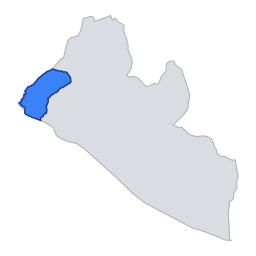 Grand Cape Mount highlighted on a map of Liberia
{"feature_id": "LBR-786", "entity_name": "Grand Cape Mount", "entity_type": "County", "adm_level": 1, "iso_a3": "LBR", "parent_name": "Liberia", "parent_adm1": "", "projection": "albers", "projection_center": [-10.956, 7.068], "detail": "fine", "context": "in_parent", "style": "filled", "palette": "blue", "viewbox_px": 256, "rotation_deg": 0, "n_neighbors": 0, "source": "natural_earth", "source_scale": "10m", "svg_char_len": 3457}
<svg xmlns="http://www.w3.org/2000/svg" viewBox="0 0 256 256"><path d="M17.7,103.4L20.5,101.0L24.7,93.3L30.5,85.9L36.0,81.4L40.3,76.9L44.9,73.4L51.4,69.4L61.4,58.7L63.7,57.4L65.3,50.0L67.8,40.6L70.7,37.7L77.5,35.9L79.1,34.3L81.5,27.7L83.0,19.9L83.2,18.2L85.8,18.0L90.4,16.4L93.1,17.1L94.2,19.3L94.8,21.2L108.7,16.4L109.9,15.4L110.6,15.5L112.4,19.9L113.4,19.6L114.2,18.3L115.2,18.2L116.2,18.8L117.3,20.8L119.1,22.6L122.1,23.9L124.0,25.7L123.8,30.3L124.6,34.8L125.9,35.9L126.6,38.6L126.9,41.5L127.7,43.1L128.2,46.1L127.9,49.3L128.5,51.5L130.7,55.4L132.1,60.3L132.1,63.8L131.3,67.4L129.9,70.8L127.3,74.4L127.1,75.8L128.6,76.8L131.0,77.0L132.9,76.2L137.8,77.9L140.4,80.3L142.7,83.2L144.7,84.7L145.7,86.6L149.2,86.0L153.2,84.2L154.0,83.4L155.2,83.8L157.9,84.0L159.7,80.7L161.1,77.0L164.3,73.0L165.8,71.4L166.2,68.8L166.3,65.5L167.5,62.6L170.0,61.0L172.9,61.0L174.4,61.6L175.2,64.4L177.4,66.5L179.4,67.9L180.4,68.5L182.0,70.2L183.6,75.8L189.7,94.0L189.4,99.0L188.2,102.3L188.2,105.6L187.8,108.7L184.2,114.0L173.4,124.7L174.2,125.6L176.8,126.8L179.5,127.4L181.6,127.1L184.4,129.7L187.3,133.0L190.4,134.8L194.9,136.3L198.8,136.4L202.1,135.8L206.8,136.4L211.8,139.2L213.6,143.7L214.8,147.7L216.6,149.7L216.8,153.2L220.4,156.2L225.5,156.7L232.1,160.2L233.7,160.0L234.5,159.6L235.3,160.2L237.0,170.5L238.3,175.9L237.7,178.1L236.8,179.8L236.8,188.1L233.9,192.9L233.4,198.1L232.6,199.8L229.4,201.3L229.4,205.3L228.6,210.2L228.3,215.3L229.3,228.7L229.5,238.8L231.0,240.6L224.8,239.9L206.5,232.3L192.5,228.0L145.3,203.2L132.3,193.2L117.2,178.3L83.7,148.2L76.1,143.3L66.5,141.0L60.6,138.4L56.4,135.6L53.0,127.3L44.6,122.3L29.2,115.2L17.7,103.4Z" fill="#d9dde1" stroke="#a8b0b8" stroke-width="1"/><path d="M19.4,102.8L21.1,102.0L21.5,101.7L21.4,100.4L21.6,99.4L23.1,98.6L23.6,97.7L23.9,96.7L24.0,95.9L23.8,94.8L24.0,94.4L25.2,94.3L25.6,94.2L25.9,93.9L26.0,93.4L25.8,92.7L25.0,91.5L24.9,90.9L25.1,90.7L26.0,89.8L27.9,86.9L28.8,86.7L33.2,84.7L33.7,84.3L37.2,79.8L38.1,78.6L46.1,72.2L48.2,71.0L50.3,70.5L51.0,70.2L51.6,69.8L52.2,69.1L52.9,69.2L54.8,69.6L55.0,69.7L55.2,69.9L55.4,70.2L55.5,70.3L56.0,70.4L56.7,70.2L56.9,70.2L57.0,70.3L57.5,70.6L61.3,71.3L61.6,71.3L62.4,71.2L62.8,71.9L63.2,72.0L64.1,71.9L64.9,71.9L66.0,72.1L66.5,72.3L67.0,72.7L70.1,77.0L70.3,77.3L70.4,77.8L70.6,78.9L70.6,80.0L70.6,80.4L70.9,81.7L70.8,82.0L70.6,82.4L69.9,82.9L69.5,83.2L69.3,83.4L69.1,83.6L68.9,83.8L67.8,84.1L67.5,84.3L67.3,84.4L66.5,85.1L62.6,87.5L61.3,87.8L61.1,87.9L60.8,88.0L60.6,88.2L60.4,88.4L60.3,88.5L59.2,89.3L59.0,89.5L58.7,89.8L57.9,91.2L57.8,91.4L57.6,91.5L57.2,91.7L56.8,92.1L56.6,92.3L56.4,92.4L56.1,92.5L55.6,92.5L55.4,92.6L54.4,93.1L54.1,93.3L53.7,93.8L53.5,94.0L53.2,94.1L52.4,94.4L52.1,94.5L51.9,94.7L51.6,95.1L51.4,95.2L51.1,95.3L50.6,96.0L50.0,96.9L49.7,97.3L49.3,97.6L48.6,97.7L48.3,97.9L47.9,98.1L47.7,98.4L48.1,98.8L48.3,99.4L48.1,100.4L48.1,100.9L48.2,101.4L48.1,101.9L46.7,105.7L46.0,107.2L46.0,107.6L46.0,107.9L46.6,108.5L46.8,108.9L46.9,109.5L46.8,110.3L46.7,111.4L46.3,113.1L46.2,113.4L46.1,113.6L45.9,113.7L45.7,113.7L45.3,113.6L45.1,113.5L44.9,113.6L44.7,113.6L44.2,113.9L43.9,114.2L43.6,114.8L43.4,115.3L43.4,116.0L43.2,116.3L43.0,116.5L42.5,116.7L41.9,116.9L41.7,117.0L41.4,117.3L41.2,117.6L40.7,118.2L40.6,118.7L40.5,119.1L40.6,119.8L40.7,120.4L32.4,117.4L25.9,114.5L24.8,113.1L24.7,111.0L25.1,109.8L25.1,109.3L25.1,108.6L24.4,107.2L24.2,106.9L23.2,106.7L22.1,106.0L21.2,105.2L20.7,104.7L19.4,102.8Z" fill="#3b82f6" stroke="#1e3a8a" stroke-width="1.5"/></svg>